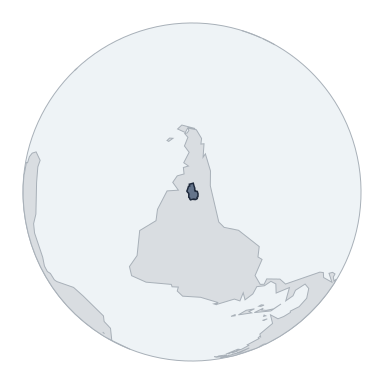 Córdoba highlighted on a globe, orthographic projection, rotated 165°
{"feature_id": "ARG-1299", "entity_name": "Córdoba", "entity_type": "Province", "adm_level": 1, "iso_a3": "ARG", "parent_name": "Argentina", "parent_adm1": "", "projection": "orthographic", "projection_center": [-63.644, -32.213], "detail": "fine", "context": "on_globe", "style": "filled", "palette": "slate", "viewbox_px": 384, "rotation_deg": 165, "n_neighbors": 0, "source": "natural_earth", "source_scale": "10m", "svg_char_len": 4469}
<svg xmlns="http://www.w3.org/2000/svg" viewBox="0 0 384 384"><g transform="rotate(165 192 192)"><circle cx="192" cy="192" r="169" fill="#eef3f6" stroke="#a8b0b8"/><path d="M156.9,26.7L161.2,25.9L160.0,26.3L162.3,26.4L165.5,25.6L164.8,25.4L171.2,24.3L170.8,24.4L193.4,23.0L195.0,23.1L205.9,24.1L206.4,24.4L198.8,24.6L186.8,24.6L177.0,26.6L189.3,24.9L190.3,26.5L193.0,26.8L196.4,26.7L198.3,26.1L199.9,26.8L188.3,28.3L186.7,27.6L190.4,27.0L184.7,27.3L177.0,29.1L178.1,30.1L165.2,33.1L165.8,34.0L163.3,35.5L163.2,33.6L163.2,37.2L148.2,44.2L148.0,53.1L141.8,47.3L135.6,48.0L128.1,50.2L127.9,51.5L118.2,53.5L108.7,59.7L104.2,68.6L106.6,73.8L117.5,70.3L121.3,65.6L129.6,62.6L122.6,74.5L136.9,72.6L134.8,81.5L138.9,85.3L146.3,82.7L153.9,83.8L159.6,77.8L168.7,74.1L168.6,81.4L173.9,74.4L178.8,77.6L197.1,77.0L195.6,78.6L211.0,88.1L228.0,93.8L231.9,100.2L229.8,103.7L235.8,105.6L235.9,108.1L259.7,116.8L272.0,126.8L271.7,136.2L261.5,144.8L252.5,168.3L234.2,173.6L229.8,184.2L215.8,199.5L204.7,197.3L208.1,206.3L202.1,211.4L195.0,211.5L194.0,217.9L188.7,218.0L192.4,222.4L184.5,231.1L187.4,238.4L181.8,245.9L183.9,250.3L181.5,250.3L179.2,252.1L179.2,254.7L171.7,251.0L168.9,241.2L171.0,236.0L167.9,235.5L172.3,222.7L169.2,225.4L168.7,207.6L172.7,193.3L173.9,156.1L170.1,149.5L157.0,143.0L141.2,121.9L145.1,112.2L141.8,108.7L152.7,95.0L150.0,85.1L146.2,84.2L142.3,88.7L129.6,85.1L125.5,78.9L89.2,81.5L86.0,80.2L87.0,75.3L80.2,68.6L80.7,78.0L77.0,78.0L75.1,75.8L77.5,73.3L77.9,69.3L75.4,70.4L78.3,67.0L88.0,58.8L98.4,51.3L109.3,44.7L120.6,38.8L132.4,33.9L144.5,29.8L156.9,26.7ZM146.6,56.7L163.0,59.4L153.3,61.3L155.2,60.0L151.1,58.5L143.4,58.0L135.0,60.8L146.6,56.7ZM155.0,49.9L152.1,50.0L155.0,49.5L155.0,49.9ZM184.5,259.3L172.5,252.5L179.1,255.4L183.1,251.2L189.6,256.6L184.5,259.3ZM196.5,248.8L201.4,246.9L202.8,248.2L199.7,249.9L196.5,248.8ZM310.9,71.9L311.1,72.1L308.3,69.7L302.4,64.6L292.6,56.2L302.0,63.8L310.9,71.9ZM349.7,252.5L349.3,252.8L344.3,263.4L343.3,262.8L339.9,268.2L336.3,270.9L332.2,271.1L330.5,261.9L334.4,256.2L339.6,241.6L348.5,211.1L353.2,202.4L354.7,193.1L353.1,167.6L353.7,158.7L352.3,152.6L349.9,150.0L347.7,142.8L345.8,140.5L331.1,130.5L324.1,119.8L309.6,95.2L310.4,89.7L306.0,81.4L307.9,69.4L313.4,74.5L314.7,75.8L322.5,84.7L329.7,94.2L336.3,104.1L342.1,114.4L347.2,125.2L351.5,136.2L355.0,147.6L357.7,159.1L359.6,170.8L360.7,182.7L360.9,194.5L360.3,206.4L358.9,218.2L356.7,229.8L353.6,241.3L349.7,252.5ZM313.2,77.8L314.5,79.8L313.2,77.8ZM197.7,76.9L199.9,78.3L196.9,78.3L197.7,76.9ZM151.7,64.1L155.2,63.7L157.0,64.4L154.3,65.1L151.7,64.1ZM182.3,61.3L186.5,61.8L182.1,62.4L182.3,61.3ZM165.7,59.8L179.0,61.3L170.3,63.7L161.9,63.0L167.8,61.9L165.7,59.8ZM152.8,53.3L155.0,53.4L154.2,54.5L152.8,53.3ZM157.1,49.7L156.2,49.9L155.2,49.2L157.1,49.7ZM191.0,26.4L192.0,26.3L195.3,26.4L193.6,26.6L191.0,26.4ZM211.2,26.1L213.3,27.3L210.6,26.4L208.6,26.7L200.3,25.7L206.2,24.5L205.0,25.1L211.2,26.1ZM191.0,24.6L195.5,25.0L190.3,24.7L191.0,24.6ZM274.2,339.6L270.7,341.4L272.6,340.4L274.2,339.6ZM86.1,323.6L85.3,322.9L90.1,326.7L96.6,331.3L102.0,335.0L93.8,329.5L86.1,323.6ZM74.8,313.7L73.8,312.7L84.0,321.8L82.6,320.8L74.8,313.7Z" fill="#d9dde1" stroke="#a8b0b8" stroke-width="1"/><path d="M196.0,186.0L195.8,186.7L195.8,186.8L196.4,187.5L196.5,187.7L196.5,187.8L195.8,190.2L195.8,190.3L195.7,190.4L195.6,190.5L195.6,190.8L195.6,191.1L195.6,191.3L195.6,191.5L195.6,191.8L195.8,192.0L196.0,192.4L196.1,192.5L196.3,192.7L196.3,192.8L196.3,193.0L196.4,193.3L196.5,193.4L196.6,193.5L196.7,193.8L196.7,194.0L196.7,194.3L196.5,194.5L196.4,194.6L195.7,195.6L194.9,196.8L193.9,198.4L192.7,198.4L192.7,198.5L192.6,199.0L192.6,200.2L191.2,200.2L190.0,200.2L188.5,200.2L188.5,197.2L188.3,195.0L188.3,194.9L188.4,194.7L188.5,194.7L188.6,194.4L188.6,194.2L188.7,193.9L188.8,193.7L188.9,193.3L188.9,193.2L188.9,192.9L188.8,192.7L188.8,192.4L188.8,192.2L188.7,192.2L188.7,192.3L188.4,192.3L188.2,192.4L188.1,192.2L188.0,191.9L188.0,191.7L187.9,191.7L187.1,191.2L186.9,191.1L186.7,191.1L186.7,190.3L186.7,189.3L186.6,188.8L186.7,188.6L186.8,188.1L186.9,187.8L187.1,187.2L187.2,186.9L187.2,186.7L187.3,186.6L187.5,185.9L188.1,185.8L188.2,185.7L188.4,185.5L188.7,185.1L188.6,184.3L188.8,184.2L189.6,184.0L190.1,183.9L190.3,183.8L190.9,183.9L191.0,183.9L191.0,184.0L191.2,184.3L191.3,184.3L191.5,184.4L191.7,184.5L191.8,184.5L192.1,184.4L192.3,184.5L192.5,184.5L192.6,184.8L194.2,184.8L195.1,184.8L195.5,184.8L196.0,186.0Z" fill="#64748b" stroke="#1e293b" stroke-width="1.5"/></g></svg>